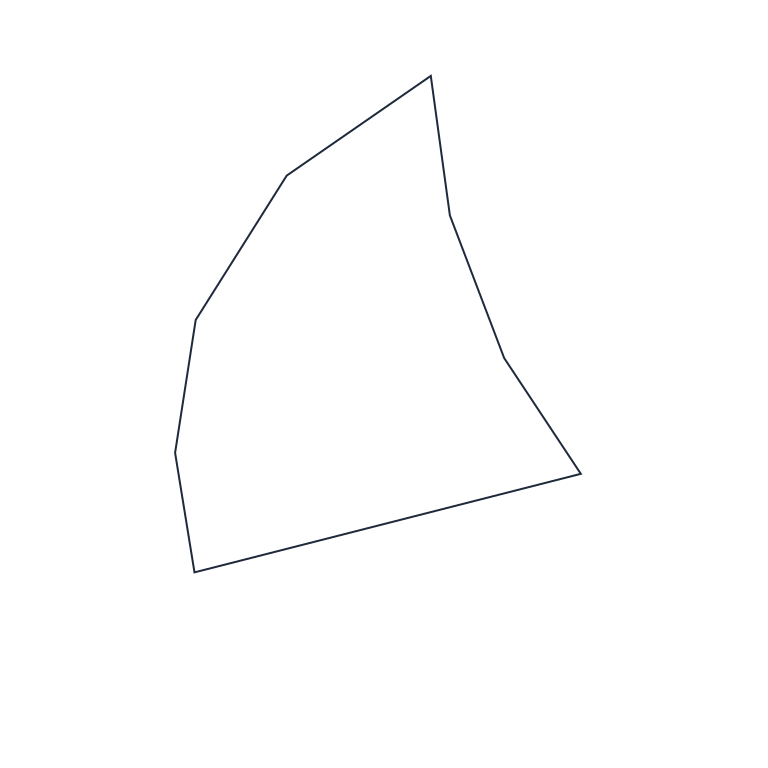 the border of Saint Mark, rotated 220°
{"feature_id": "GRD-5074", "entity_name": "Saint Mark", "entity_type": "Parish", "adm_level": 1, "iso_a3": "GRD", "parent_name": "Grenada", "parent_adm1": "", "projection": "natural_earth1", "projection_center": [-61.681, 12.191], "detail": "fine", "context": "isolated", "style": "outline", "palette": "slate", "viewbox_px": 768, "rotation_deg": 220, "n_neighbors": 0, "source": "natural_earth", "source_scale": "10m", "svg_char_len": 274}
<svg xmlns="http://www.w3.org/2000/svg" viewBox="0 0 768 768"><g transform="rotate(220 384 384)"><path d="M175.5,441.7L408.1,117.9L499.8,197.0L569.4,312.0L592.5,481.1L546.2,650.1L441.9,555.5L308.6,481.1L175.5,441.7Z" fill="none" stroke="#1e293b" stroke-width="2"/></g></svg>